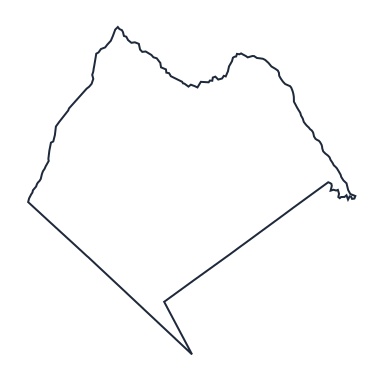 Aldeias Altas, Maranhão, Brazil (Equal Earth projection), rotated 182°
{"feature_id": "56859067B78587835944607", "entity_name": "Aldeias Altas", "entity_type": "district", "adm_level": 2, "iso_a3": "BRA", "parent_name": "Brazil", "parent_adm1": "Maranhão", "projection": "equal_earth", "projection_center": [-43.461, -4.47], "detail": "fine", "context": "isolated", "style": "outline", "palette": "slate", "viewbox_px": 384, "rotation_deg": 182, "n_neighbors": 0, "source": "geoboundaries", "source_scale": "gbopen_adm2", "svg_char_len": 2444}
<svg xmlns="http://www.w3.org/2000/svg" viewBox="0 0 384 384"><g transform="rotate(182 192 192)"><path d="M186.3,29.7L216.0,81.3L191.9,100.1L187.3,103.7L151.5,131.4L143.6,137.7L129.2,149.0L123.4,153.6L101.7,170.7L89.9,180.1L56.2,206.5L54.6,205.9L53.0,205.0L52.5,203.0L53.5,198.2L50.7,199.2L48.0,198.5L46.3,199.2L45.0,195.4L45.6,192.1L44.1,191.0L42.8,192.2L39.4,192.4L37.5,194.1L35.8,189.9L34.3,193.1L32.8,192.8L31.8,190.7L29.5,191.1L28.6,193.7L31.2,194.6L33.7,195.5L36.0,199.4L37.9,206.1L41.0,208.8L43.3,212.1L44.1,214.5L46.2,217.9L48.1,220.8L49.6,222.3L51.2,223.6L52.4,225.8L53.4,227.2L54.7,229.0L55.7,231.4L57.2,233.0L58.7,234.1L60.0,235.0L62.3,237.2L63.3,240.0L63.6,241.9L64.2,243.8L65.9,246.5L67.1,247.7L68.6,248.3L70.4,249.4L72.0,251.8L72.5,253.8L73.1,255.8L74.5,257.7L76.3,259.0L77.6,260.6L79.5,262.2L80.9,263.7L82.7,265.9L83.9,269.3L85.7,272.2L86.6,275.0L88.5,277.8L90.1,280.3L91.9,283.5L93.3,285.8L93.4,288.1L93.6,290.9L94.2,293.9L95.0,296.4L96.5,299.8L97.7,301.2L99.8,302.0L102.7,303.2L105.0,305.5L107.2,308.4L108.9,311.2L109.3,314.2L110.5,316.4L113.3,318.2L117.0,320.2L120.1,323.7L123.4,326.5L125.7,327.6L128.2,327.9L131.8,328.2L134.7,330.0L136.4,330.0L141.0,328.5L143.0,329.8L146.1,331.3L147.8,332.2L149.4,331.3L151.9,331.6L152.6,329.0L154.4,328.6L155.8,327.6L156.6,324.1L159.4,318.8L160.3,313.8L161.3,311.4L162.3,308.7L164.3,309.2L165.9,306.5L169.7,305.3L172.7,308.1L175.2,307.1L175.6,303.9L178.0,304.0L179.2,302.2L183.1,302.3L187.0,302.4L190.2,296.7L193.0,297.9L196.9,299.2L199.2,297.2L203.3,300.0L204.8,300.3L205.7,301.8L217.2,307.0L219.0,309.9L221.8,310.4L222.3,313.6L227.3,315.5L228.2,320.0L229.3,321.2L231.9,324.4L235.3,325.3L237.3,327.5L243.2,330.8L246.6,330.3L248.9,332.6L250.3,338.2L254.3,339.6L257.8,339.0L261.2,341.6L263.1,344.9L265.5,345.6L266.5,349.2L267.7,351.3L270.2,352.3L271.9,354.3L274.4,351.6L276.5,345.2L278.4,340.3L281.9,336.2L283.8,333.5L288.0,331.7L290.3,328.2L292.5,326.9L294.1,314.8L294.5,312.2L294.9,308.8L295.8,305.6L294.6,301.6L295.4,299.0L296.1,296.6L298.4,293.7L300.9,291.6L317.8,271.3L318.6,269.1L327.1,257.5L330.3,252.7L331.0,244.2L332.4,237.7L334.7,236.4L336.0,228.3L336.7,220.1L336.3,218.0L339.2,212.4L340.1,210.1L341.7,207.5L342.6,204.8L343.6,199.8L344.8,197.7L346.3,196.1L347.2,194.5L348.0,192.0L351.0,188.2L351.5,185.8L352.6,184.1L354.6,179.9L355.4,176.2L333.5,157.4L305.5,133.5L294.9,124.4L293.2,123.1L291.2,121.3L258.5,92.8L186.3,29.7Z" fill="none" stroke="#1e293b" stroke-width="2"/></g></svg>